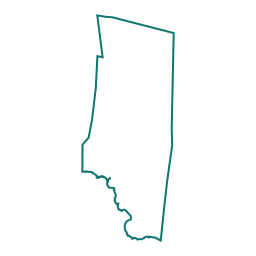 the district of Siumu, Tuamasaga, Samoa
{"feature_id": "51752279B86621231996740", "entity_name": "Siumu", "entity_type": "district", "adm_level": 2, "iso_a3": "WSM", "parent_name": "Samoa", "parent_adm1": "Tuamasaga", "projection": "robinson", "projection_center": [-171.773, -13.986], "detail": "fine", "context": "isolated", "style": "outline", "palette": "teal", "viewbox_px": 256, "rotation_deg": 0, "n_neighbors": 0, "source": "geoboundaries", "source_scale": "gbopen_adm2", "svg_char_len": 2338}
<svg xmlns="http://www.w3.org/2000/svg" viewBox="0 0 256 256"><path d="M173.7,33.1L138.0,23.9L126.3,20.9L112.5,17.3L105.6,16.8L97.3,15.4L102.6,57.2L97.4,56.2L95.8,87.9L92.0,120.0L88.6,137.7L82.5,144.6L82.4,164.4L82.3,171.7L84.7,171.5L85.7,171.6L85.7,171.9L86.5,171.9L86.7,171.6L87.4,171.5L88.5,171.9L90.8,171.9L91.3,172.0L91.6,172.3L92.0,172.2L92.4,172.3L92.4,172.8L92.7,172.8L95.0,174.3L96.4,175.5L96.6,176.2L96.7,177.2L97.3,177.0L97.5,177.1L97.8,176.7L98.3,177.2L97.9,177.4L97.7,178.0L97.9,178.1L98.9,177.6L99.3,177.0L100.1,177.0L100.2,176.7L101.0,176.6L101.3,176.1L102.1,176.2L102.3,176.8L102.9,176.9L103.2,176.5L103.7,176.6L104.0,177.2L104.7,177.3L105.9,178.4L106.4,179.0L106.8,179.5L107.2,181.1L107.7,181.1L107.5,180.4L107.7,179.8L108.3,179.3L109.3,178.9L110.0,177.9L110.6,177.8L110.3,178.0L109.2,179.2L108.1,179.7L107.9,180.1L107.9,181.8L107.5,182.6L106.9,183.7L107.1,184.5L107.8,185.5L108.6,187.3L109.1,187.2L109.7,187.6L112.0,187.9L113.4,187.8L114.2,188.4L114.2,188.7L113.8,189.5L113.9,190.1L114.5,190.4L114.5,191.9L115.1,193.4L115.5,194.0L115.9,195.3L115.6,196.6L115.2,197.6L114.8,197.9L115.0,199.9L114.7,200.4L114.8,201.1L115.1,201.8L115.8,203.0L116.1,203.6L116.7,203.9L117.8,203.6L118.2,203.6L117.7,204.9L117.9,205.2L117.6,205.7L117.6,206.3L118.1,207.0L118.1,207.9L118.3,208.6L118.8,209.0L118.8,209.5L119.7,209.7L120.6,210.3L120.9,210.1L121.8,210.9L123.3,209.7L124.0,209.7L124.8,210.0L125.1,210.3L126.0,210.7L126.2,211.2L127.1,211.6L128.0,213.2L128.7,213.6L129.1,214.2L129.7,214.8L130.5,215.8L130.9,217.0L131.0,218.0L130.9,218.9L130.7,219.5L128.7,220.2L127.5,220.9L126.1,222.1L124.9,224.7L124.7,225.6L124.9,226.9L124.8,227.4L124.8,228.7L125.1,229.9L126.0,231.5L126.4,231.8L126.4,232.2L126.9,233.1L126.9,233.5L127.2,234.7L127.6,235.4L128.0,235.1L130.1,236.8L130.4,236.8L131.3,237.3L131.7,237.8L132.3,238.1L132.4,238.8L132.8,238.6L132.7,238.1L133.6,237.7L134.8,238.1L135.5,238.1L136.7,238.8L136.8,239.2L137.3,239.3L137.6,239.6L138.0,239.3L139.7,239.1L140.1,239.2L141.9,239.2L143.7,238.0L144.2,238.1L144.6,237.5L145.5,236.9L146.8,236.6L147.5,236.8L147.7,236.7L148.7,236.8L148.9,237.2L149.2,236.7L150.1,236.9L151.9,237.1L152.6,237.4L153.8,237.3L155.7,237.8L156.2,238.4L157.2,238.5L158.9,239.7L159.2,239.7L160.7,240.6L164.6,203.5L167.1,181.5L172.2,145.1L171.7,128.7L173.7,33.1Z" fill="none" stroke="#0f766e" stroke-width="2"/></svg>